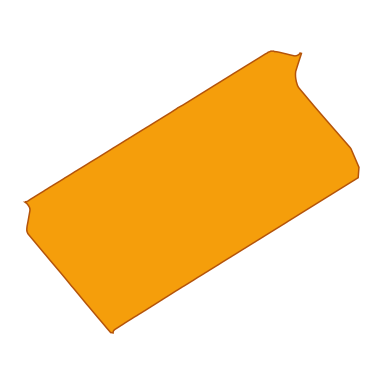 outline of Shaykh Zayed, Al Jizah, Egypt, rotated 91°
{"feature_id": "37247803B86158206640686", "entity_name": "Shaykh Zayed", "entity_type": "district", "adm_level": 2, "iso_a3": "EGY", "parent_name": "Egypt", "parent_adm1": "Al Jizah", "projection": "equal_earth", "projection_center": [30.979, 30.049], "detail": "fine", "context": "isolated", "style": "filled", "palette": "amber", "viewbox_px": 384, "rotation_deg": 91, "n_neighbors": 0, "source": "geoboundaries", "source_scale": "gbopen_adm2", "svg_char_len": 3973}
<svg xmlns="http://www.w3.org/2000/svg" viewBox="0 0 384 384"><g transform="rotate(91 192 192)"><path d="M204.6,358.2L204.8,358.2L205.0,358.2L205.1,358.3L205.3,358.4L205.3,358.5L206.2,357.2L207.0,356.4L208.5,355.3L208.8,355.1L209.1,354.9L209.3,354.7L209.6,354.6L209.8,354.5L209.9,354.4L210.0,354.3L210.3,354.2L210.5,354.1L210.9,354.0L211.0,354.0L211.1,353.9L211.4,353.9L211.5,353.8L211.9,353.8L212.0,353.8L212.1,353.7L212.3,353.7L212.5,353.7L212.8,353.7L213.0,353.7L213.3,353.7L213.5,353.7L213.7,353.8L213.8,353.8L214.1,353.8L215.8,354.1L217.1,354.3L224.6,355.5L229.2,356.3L231.5,356.5L231.8,356.5L232.0,356.5L232.3,356.5L232.5,356.5L232.8,356.5L233.1,356.5L233.3,356.5L233.4,356.4L233.6,356.4L233.9,356.4L234.0,356.3L234.3,356.3L234.5,356.2L234.8,356.1L235.1,356.0L235.4,355.9L235.5,355.8L235.8,355.7L236.0,355.6L236.3,355.5L236.4,355.4L236.5,355.3L236.7,355.2L236.9,355.1L239.1,353.2L247.4,346.0L256.2,338.4L257.4,337.3L262.2,333.2L263.9,331.7L270.4,326.0L274.4,322.5L276.0,321.1L280.3,317.4L284.8,313.6L288.4,310.6L289.1,309.9L291.5,307.8L295.0,304.8L306.0,295.4L308.0,293.6L312.5,289.7L315.5,287.1L319.3,283.8L322.1,281.3L324.5,279.2L326.8,277.2L329.7,274.7L330.8,273.7L331.6,273.0L332.7,272.0L334.0,270.9L334.0,270.6L334.0,270.2L334.1,269.7L334.3,268.4L334.1,268.4L333.3,268.4L332.7,268.2L332.3,268.1L332.1,268.0L331.4,267.4L331.3,267.2L331.1,267.1L330.8,266.7L330.7,266.5L330.5,266.3L329.8,265.2L327.6,261.9L326.7,260.6L326.1,259.6L324.0,256.6L321.7,253.1L320.0,250.4L318.1,247.6L316.8,245.4L316.4,244.7L316.2,244.5L314.8,242.4L314.0,241.0L313.9,240.9L312.0,238.0L311.7,237.6L311.6,237.3L309.8,234.6L308.4,232.5L308.3,232.3L308.2,232.1L307.1,230.5L306.2,229.1L303.5,225.0L302.7,223.8L299.0,218.2L297.1,215.3L297.0,215.0L296.8,214.8L291.1,206.2L290.0,204.4L287.1,200.0L286.1,198.3L283.4,194.1L280.7,189.9L280.4,189.4L278.5,186.6L277.5,185.1L277.3,184.8L277.1,184.5L276.6,183.7L275.7,182.2L275.5,181.9L275.3,181.6L274.1,179.7L272.5,177.3L270.7,174.4L270.5,174.2L270.3,173.9L268.8,171.5L266.4,167.8L263.9,163.9L262.1,161.2L260.9,159.4L260.7,159.0L260.4,158.6L257.9,154.7L257.7,154.4L256.9,153.1L255.7,151.2L255.3,150.7L254.7,149.7L252.4,146.1L250.8,143.7L250.7,143.5L250.6,143.3L250.4,143.0L250.3,142.9L220.9,97.3L220.3,96.4L220.1,96.1L219.9,95.9L174.8,26.1L164.4,25.5L146.2,33.7L144.9,34.6L113.4,63.0L104.2,71.2L98.0,76.6L91.4,82.3L88.0,85.3L86.8,86.3L86.5,86.6L86.2,86.8L85.4,87.4L84.2,88.1L83.0,88.6L81.4,89.1L79.9,89.6L78.0,90.0L76.4,90.3L74.7,90.5L72.2,90.6L70.7,90.5L69.5,90.4L67.9,89.9L65.1,89.1L58.1,87.0L53.6,85.6L51.5,85.0L51.3,85.8L51.2,86.3L51.4,86.3L52.3,87.2L52.6,87.5L52.8,87.7L53.2,88.4L53.7,89.4L53.9,89.9L54.0,90.4L54.1,91.3L54.1,91.7L54.1,92.0L53.4,95.4L53.3,95.7L53.3,96.0L53.2,96.4L52.4,99.7L51.7,103.0L51.1,105.6L50.5,108.6L50.3,110.0L50.2,111.0L50.2,111.6L50.2,111.8L50.2,112.0L49.9,112.4L49.8,112.7L49.7,112.9L49.8,114.4L49.8,115.0L49.7,115.5L50.3,116.5L50.4,116.8L50.5,117.1L50.6,117.5L50.9,118.2L51.0,118.4L51.1,118.6L51.3,118.7L51.6,119.2L51.9,119.5L52.1,119.9L52.7,121.1L55.0,124.6L60.2,132.7L62.0,135.5L62.2,135.8L64.1,138.8L65.5,141.0L67.9,144.7L69.6,147.4L71.6,150.5L73.1,152.9L73.8,153.9L83.2,168.5L85.3,171.8L87.2,174.7L91.6,181.5L94.8,186.5L99.4,193.6L105.6,203.2L106.1,204.2L107.5,206.6L107.6,206.8L108.2,207.9L108.4,208.1L108.6,208.3L110.1,210.4L110.1,210.5L113.1,214.9L120.2,226.0L121.2,227.5L121.4,227.8L121.6,228.2L124.2,232.2L127.5,237.3L127.7,237.6L127.9,238.0L131.2,243.2L135.0,249.1L139.4,255.9L139.6,256.3L139.9,256.6L141.2,258.8L142.4,260.6L147.9,269.1L149.3,271.4L150.6,273.3L153.4,277.6L156.5,282.4L160.2,288.1L160.3,288.3L163.8,293.9L167.4,299.4L170.6,304.4L171.5,305.9L172.4,307.2L173.5,309.1L176.2,313.1L178.7,317.0L179.3,318.0L180.2,319.5L180.4,319.8L180.7,320.1L184.5,326.0L186.7,329.5L189.8,334.4L190.8,335.9L191.8,337.4L192.7,338.9L194.0,340.7L195.8,343.6L196.0,343.9L196.9,345.3L199.6,349.5L199.9,349.9L201.9,353.1L203.1,354.8L204.4,356.6L204.6,358.2Z" fill="#f59e0b" stroke="#b45309" stroke-width="1.5"/></g></svg>